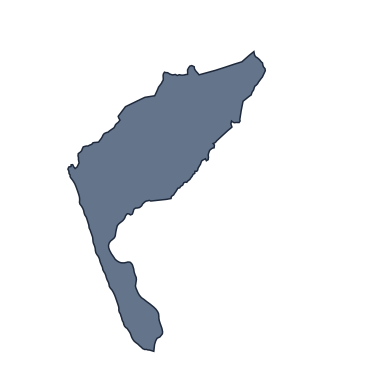 the district of Maraú, Bahia, Brazil, rotated 149°
{"feature_id": "56859067B48056481531186", "entity_name": "Maraú", "entity_type": "district", "adm_level": 2, "iso_a3": "BRA", "parent_name": "Brazil", "parent_adm1": "Bahia", "projection": "robinson", "projection_center": [-39.108, -14.083], "detail": "fine", "context": "isolated", "style": "filled", "palette": "slate", "viewbox_px": 384, "rotation_deg": 149, "n_neighbors": 0, "source": "geoboundaries", "source_scale": "gbopen_adm2", "svg_char_len": 4309}
<svg xmlns="http://www.w3.org/2000/svg" viewBox="0 0 384 384"><g transform="rotate(149 192 192)"><path d="M114.2,228.1L113.6,229.6L108.1,236.2L105.5,239.1L101.5,243.5L93.4,244.6L91.3,244.7L89.3,246.5L86.6,247.8L85.2,249.1L83.7,250.3L81.9,250.5L80.1,251.0L78.1,252.1L76.5,252.7L74.5,253.6L72.5,254.3L66.7,258.2L65.9,260.1L66.3,262.4L65.9,264.3L65.1,266.3L65.6,267.9L66.0,270.6L66.8,273.2L67.7,274.9L67.9,276.8L67.3,278.7L66.6,280.5L72.3,279.7L82.2,277.9L89.9,279.8L99.8,282.0L109.2,284.2L125.6,288.8L125.9,291.0L126.4,293.6L126.5,296.0L125.6,298.3L127.1,300.5L129.0,301.0L131.1,300.1L133.0,298.9L134.0,297.0L135.2,295.1L136.9,295.9L138.4,296.3L140.5,297.3L142.5,299.1L144.7,299.5L145.7,301.3L148.4,302.4L149.4,303.5L150.4,304.8L151.4,306.8L152.9,307.8L153.9,308.9L155.8,307.9L157.0,306.4L158.1,304.2L159.2,302.6L160.6,302.0L162.0,301.0L164.7,299.9L166.7,299.1L168.5,297.7L170.8,296.1L172.7,294.8L174.4,293.7L183.6,297.4L191.4,298.2L193.0,298.3L198.4,298.8L205.1,299.4L216.3,294.9L216.7,293.1L216.7,290.7L219.6,289.6L221.3,289.5L223.0,289.0L224.4,288.0L225.8,287.2L229.3,287.0L231.7,286.8L233.1,286.5L234.7,287.0L237.1,287.3L239.0,286.6L240.5,285.5L242.2,284.6L244.5,283.7L246.4,282.9L248.4,283.8L249.9,284.6L251.5,285.2L253.5,284.5L255.6,284.9L257.5,285.0L258.8,285.8L260.4,286.3L261.9,286.7L263.4,285.8L265.4,284.2L267.2,283.7L269.7,283.5L271.1,281.7L271.6,279.9L272.5,278.6L273.2,276.9L273.8,275.1L275.7,273.9L277.4,272.7L280.1,272.3L280.4,274.6L280.2,276.9L281.6,277.6L282.6,276.2L284.8,276.9L286.6,275.5L286.8,273.4L287.9,271.0L287.7,269.4L288.6,267.9L288.6,266.0L288.3,264.1L288.2,261.7L288.2,259.6L288.6,256.7L289.0,254.6L289.4,252.6L289.8,250.7L290.4,248.1L290.9,246.2L291.6,244.5L292.5,242.9L293.8,241.1L294.3,239.3L294.0,236.8L294.0,234.4L294.4,231.9L295.2,229.8L295.7,227.7L295.6,224.9L295.9,223.3L296.3,221.7L296.9,219.2L297.5,216.8L298.7,214.2L298.9,211.8L299.3,210.1L299.6,208.5L300.0,206.7L300.4,204.6L301.4,202.4L302.4,200.4L302.9,198.8L303.2,196.7L303.6,194.8L304.2,193.1L305.1,191.3L305.7,189.2L305.7,187.0L305.5,185.2L305.7,182.6L306.3,180.8L306.8,179.0L307.2,176.5L307.5,173.8L308.5,171.1L308.6,168.9L308.5,167.1L308.9,164.8L309.5,162.8L310.0,160.5L310.1,158.6L310.3,157.0L310.8,155.4L311.5,153.7L311.5,151.4L311.1,149.3L311.1,146.5L311.4,143.5L311.8,141.3L312.2,139.3L312.8,136.6L313.3,134.2L313.8,132.1L314.4,130.3L315.6,128.4L316.2,126.6L316.2,124.4L316.8,122.1L317.1,120.5L317.7,118.7L318.0,117.1L318.0,115.4L318.6,113.9L318.9,111.8L318.6,110.1L317.9,108.5L317.7,105.9L317.6,103.6L317.8,101.8L318.4,99.1L318.6,96.9L318.5,94.4L317.8,92.1L316.7,89.5L316.0,86.8L315.4,85.1L314.9,83.1L313.6,81.3L312.3,80.7L311.1,79.3L309.8,78.4L306.8,75.1L302.6,80.6L299.8,83.1L297.3,84.6L294.1,84.3L290.4,85.7L289.2,87.3L288.0,90.7L286.9,96.2L286.3,98.6L285.4,100.9L284.4,102.6L283.3,105.0L283.1,107.3L283.3,110.0L284.1,113.1L285.7,117.6L287.2,121.1L288.5,124.6L289.8,127.5L290.3,130.8L290.2,133.8L289.5,138.6L288.9,140.6L286.8,143.1L284.8,145.5L283.8,147.6L283.5,150.2L282.8,153.2L281.6,156.1L281.1,158.1L280.6,160.2L280.7,162.1L281.3,163.8L283.0,165.0L284.4,165.4L286.7,166.2L289.2,167.8L290.5,169.3L291.7,171.5L292.5,173.8L292.7,178.0L292.9,180.5L292.7,184.4L292.1,187.2L291.0,189.3L289.3,190.9L287.2,191.9L284.3,192.3L282.0,192.8L280.4,193.9L278.3,196.5L276.1,198.9L274.9,200.1L273.4,201.6L271.2,202.4L269.3,202.7L267.5,202.9L266.1,203.1L264.1,203.8L262.8,204.5L261.1,205.9L258.7,206.7L257.4,205.8L256.5,204.0L254.5,203.8L252.4,205.5L250.8,207.1L248.7,207.3L247.0,206.4L244.9,205.7L242.2,206.1L240.7,207.1L238.2,207.7L236.4,207.9L234.6,207.3L232.9,206.8L232.0,205.5L217.8,198.9L213.3,197.2L212.3,198.5L210.8,199.0L209.4,198.9L207.5,199.9L205.6,200.7L204.2,201.4L202.3,202.5L200.4,201.9L198.8,202.7L196.4,202.7L194.3,204.2L192.7,203.9L191.5,203.0L189.9,203.6L187.3,203.9L185.7,204.7L183.6,205.5L181.9,206.6L180.1,206.5L178.9,208.2L177.3,207.3L175.8,207.9L174.5,209.3L172.5,210.4L170.5,211.4L169.0,212.7L167.4,213.8L165.4,213.7L163.4,213.6L163.6,211.4L161.5,211.4L159.9,213.4L159.1,215.3L157.6,216.9L155.4,218.6L153.1,219.0L151.6,219.0L150.3,218.5L148.6,220.7L148.9,222.7L147.4,222.4L145.9,222.6L144.3,223.2L135.6,225.0L129.2,226.3L125.7,226.8L124.3,227.1L123.6,230.3L121.6,232.5L121.0,231.0L120.2,229.7L117.9,228.6L115.9,227.3L114.2,228.1Z" fill="#64748b" stroke="#1e293b" stroke-width="1.5"/></g></svg>